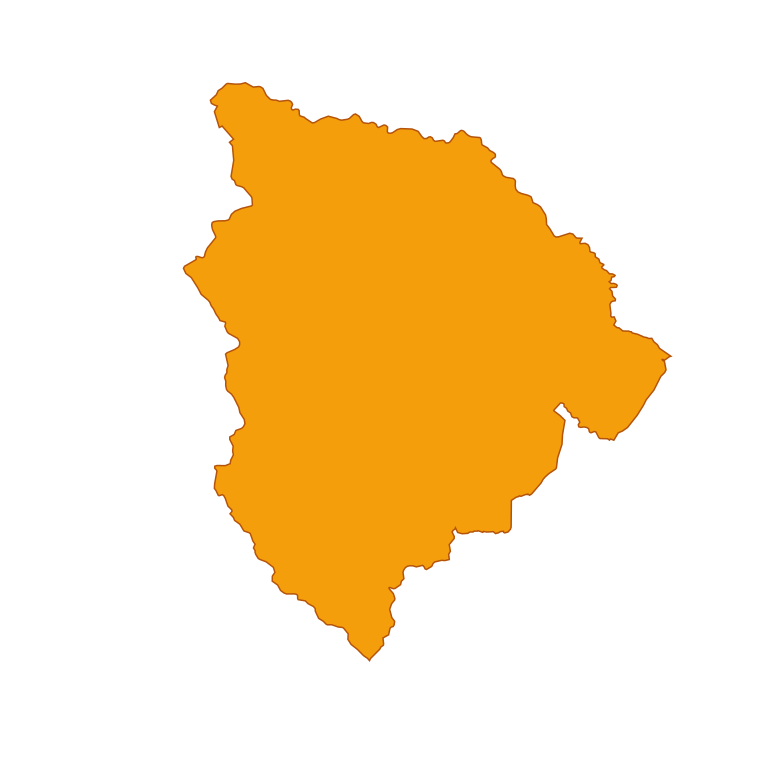 Mueang Lamphun, Lamphun, Thailand (Natural Earth projection), rotated 110°
{"feature_id": "78962969B31473304215935", "entity_name": "Mueang Lamphun", "entity_type": "district", "adm_level": 2, "iso_a3": "THA", "parent_name": "Thailand", "parent_adm1": "Lamphun", "projection": "natural_earth1", "projection_center": [99.055, 18.551], "detail": "fine", "context": "isolated", "style": "filled", "palette": "amber", "viewbox_px": 768, "rotation_deg": 110, "n_neighbors": 0, "source": "geoboundaries", "source_scale": "gbopen_adm2", "svg_char_len": 6171}
<svg xmlns="http://www.w3.org/2000/svg" viewBox="0 0 768 768"><g transform="rotate(110 384 384)"><path d="M359.6,152.9L358.2,152.5L358.2,148.8L349.8,147.2L346.6,143.8L341.6,140.3L326.8,135.4L315.1,132.9L309.1,132.2L297.4,128.3L282.2,126.5L277.3,124.2L274.3,123.8L267.2,128.0L266.5,128.6L266.8,129.4L266.0,131.0L265.6,130.8L265.5,128.4L260.8,125.2L259.8,123.9L256.3,137.3L253.7,140.3L252.0,144.9L249.5,147.9L250.7,151.0L250.5,152.9L251.0,156.1L250.5,162.6L251.1,168.2L250.3,169.5L250.7,170.6L250.6,172.1L252.5,177.8L250.9,182.2L251.3,184.5L249.9,188.3L245.5,187.6L242.2,190.7L243.3,192.7L242.6,194.2L239.8,195.0L232.1,199.0L229.4,198.6L228.0,197.5L226.7,195.2L225.1,195.5L223.0,199.3L218.9,201.5L217.4,204.6L215.9,204.1L213.7,198.8L211.9,198.5L211.0,199.4L210.9,200.4L210.9,202.5L211.9,204.9L210.9,207.4L209.1,206.1L205.7,206.6L204.4,204.4L202.9,204.0L202.4,206.9L203.4,209.8L201.3,213.7L201.3,216.2L200.4,219.0L199.3,219.4L197.3,218.2L196.5,218.4L196.1,222.6L193.2,224.8L192.2,228.9L189.3,230.2L188.9,231.8L189.3,234.7L188.9,235.9L185.5,237.5L183.3,240.1L183.0,243.1L185.0,247.6L184.1,248.4L179.3,247.8L180.8,252.2L180.8,253.8L178.5,257.8L178.8,261.0L185.8,270.0L187.0,272.5L186.7,274.7L181.6,281.0L178.5,285.8L173.2,288.0L169.8,290.1L164.0,297.6L163.0,301.1L162.6,306.0L158.0,309.6L157.7,310.4L157.4,313.3L158.0,320.1L157.7,323.8L155.9,326.8L152.9,328.5L148.4,329.9L147.3,331.0L146.7,332.9L148.0,340.0L147.6,343.1L146.9,344.3L144.1,346.5L142.7,348.4L139.2,358.5L138.5,359.5L137.3,359.9L135.0,358.9L133.1,357.3L132.1,357.1L130.0,358.0L129.0,360.3L128.4,364.6L126.7,367.4L125.8,373.4L125.3,374.1L121.5,376.0L119.9,377.4L119.7,378.5L121.8,386.3L121.8,388.7L121.2,391.3L119.1,395.5L119.1,397.8L119.8,398.8L123.6,400.9L124.6,402.8L128.7,403.2L133.4,404.5L135.0,405.5L136.1,407.4L136.3,408.5L134.9,410.6L134.8,412.0L138.5,418.9L138.0,420.8L136.2,422.8L135.8,424.8L136.5,426.3L138.7,427.9L139.7,430.3L138.6,433.0L134.9,438.4L134.8,444.8L138.3,455.7L140.4,458.6L144.8,461.8L146.1,463.5L146.6,465.2L146.5,466.3L145.7,467.2L141.3,468.5L140.4,470.7L140.6,472.6L144.8,476.8L144.6,478.3L142.6,480.4L141.9,483.3L142.5,485.3L144.5,487.6L145.6,492.7L144.7,494.6L141.0,498.8L140.0,503.1L141.2,504.7L146.2,507.3L147.6,508.7L150.6,514.1L150.9,516.9L150.6,519.0L151.4,527.9L156.6,534.1L162.2,538.8L163.2,540.7L161.4,548.3L160.6,550.3L160.8,554.4L160.0,555.6L156.2,557.2L155.3,558.5L156.0,561.3L157.7,563.2L157.6,564.6L156.1,565.6L152.6,565.5L150.9,567.1L150.2,568.8L150.2,571.1L154.1,578.9L154.1,582.2L155.1,585.5L155.4,588.2L153.1,593.2L147.7,598.8L147.0,601.6L147.2,603.2L149.7,608.4L148.3,617.3L151.2,621.5L153.1,626.3L155.0,633.6L156.0,634.8L161.5,637.4L165.0,640.1L169.6,640.5L176.7,644.2L179.3,642.2L179.9,638.7L179.8,635.6L186.1,636.5L199.3,626.5L197.0,624.3L205.4,609.1L209.7,611.9L212.0,607.9L225.3,601.7L241.3,598.7L243.4,596.8L244.0,594.1L247.3,591.4L247.7,590.0L247.3,585.2L247.6,583.0L253.2,572.9L254.6,571.6L260.8,568.9L261.9,569.3L267.8,578.0L272.6,583.2L276.7,585.4L282.1,585.8L283.2,586.5L285.0,589.2L287.5,595.7L289.6,599.4L291.0,600.6L293.2,600.4L295.3,599.4L297.8,597.7L302.4,593.0L304.0,592.2L316.6,596.5L321.1,596.9L325.6,596.4L326.8,597.0L327.6,598.2L327.8,602.5L328.4,604.0L329.1,604.3L331.0,603.1L331.7,603.4L341.6,611.7L343.9,612.0L347.9,608.0L349.9,601.5L357.2,592.0L362.3,586.4L365.3,578.1L366.6,575.8L369.5,573.2L371.9,569.7L375.6,566.0L378.7,561.6L380.5,559.9L380.1,554.3L381.2,553.6L384.2,553.3L388.6,549.2L389.6,547.4L391.2,537.2L393.7,534.1L396.5,533.1L398.9,533.3L402.7,536.2L408.2,542.1L410.1,543.1L420.0,536.8L424.3,536.6L427.1,535.5L430.0,536.2L432.4,536.0L435.4,533.7L439.6,532.2L443.0,530.1L444.1,528.5L445.7,523.8L447.9,520.6L455.7,512.4L460.2,509.6L465.1,503.2L468.9,501.1L472.2,501.5L474.5,502.7L478.3,507.3L482.6,507.5L486.5,510.8L488.8,510.0L494.0,504.5L498.7,503.3L502.2,501.3L507.9,502.0L511.5,501.3L515.0,505.2L517.7,513.0L519.1,514.9L521.0,514.3L522.3,511.8L523.1,511.2L535.7,509.0L540.1,507.7L541.6,505.4L545.3,501.7L545.4,500.8L543.3,498.1L543.7,496.4L545.7,494.1L552.1,488.9L554.4,483.9L555.8,483.3L558.6,484.3L560.9,479.9L563.3,477.7L565.1,471.4L570.0,465.4L569.9,459.7L570.4,458.4L576.5,453.4L578.6,450.4L582.7,450.6L584.7,448.1L586.1,447.7L587.9,446.3L590.9,442.6L591.3,441.0L591.4,433.9L594.1,425.3L598.3,422.1L602.8,423.2L607.5,421.6L609.3,415.1L613.4,410.6L614.6,406.4L614.6,403.7L611.8,396.2L611.6,394.1L612.2,392.9L615.3,391.7L616.0,390.8L614.7,383.8L616.4,380.2L617.2,374.3L618.5,371.9L621.0,370.8L626.6,365.2L627.7,360.0L629.6,356.0L629.6,354.8L628.1,350.8L628.0,343.9L627.0,339.9L627.2,338.5L631.0,332.2L636.3,330.6L640.0,325.8L642.4,318.4L646.3,310.2L647.4,305.7L648.9,303.0L646.6,302.8L634.7,297.3L632.3,297.0L629.8,295.3L628.5,295.4L623.0,298.1L618.1,293.9L611.4,294.8L610.0,294.1L608.8,292.5L606.9,292.1L603.4,292.8L600.8,296.8L593.8,301.6L587.9,301.7L583.2,300.1L581.7,300.5L577.7,303.6L574.7,309.0L573.8,309.6L573.2,309.0L573.2,305.4L572.5,303.8L566.9,299.8L563.4,300.2L560.2,298.7L554.3,301.8L551.8,301.8L549.2,301.1L547.3,299.7L546.1,297.8L545.0,294.8L544.8,291.1L541.2,285.6L542.3,283.5L543.7,282.2L543.8,280.7L539.1,276.8L535.9,276.5L533.9,275.5L530.0,269.6L529.1,266.4L526.6,262.6L521.9,265.0L518.5,264.4L512.6,267.8L505.2,265.2L503.2,265.9L499.8,269.4L497.6,268.9L496.1,267.7L494.7,267.7L498.3,264.0L498.0,259.4L495.7,254.2L493.7,252.7L492.6,249.7L491.5,249.1L490.3,245.9L489.7,245.5L489.6,240.4L488.5,240.1L488.0,236.9L485.4,230.8L486.4,228.0L484.8,225.7L482.9,224.1L481.8,222.0L481.6,221.3L482.5,220.8L482.6,219.6L480.7,216.9L477.3,215.5L475.0,215.6L449.8,224.5L445.1,221.0L443.6,218.8L442.8,218.7L442.7,216.9L439.3,213.0L438.8,211.4L438.2,211.2L438.8,209.2L436.7,207.6L423.1,202.5L419.2,201.9L416.3,200.8L411.9,198.5L405.0,193.5L403.5,193.4L393.9,195.6L379.8,196.1L370.6,198.9L356.3,201.5L353.4,207.9L351.2,215.0L350.7,215.5L341.4,211.7L340.9,209.4L341.3,208.0L343.6,207.0L344.4,204.1L346.5,202.2L347.4,198.8L350.4,196.3L350.8,194.1L349.8,191.1L350.0,190.2L352.8,187.0L355.9,187.5L357.6,186.3L357.5,184.4L355.9,181.3L355.5,178.2L356.1,176.3L358.6,174.7L359.1,173.6L358.9,172.6L356.7,170.1L356.6,168.5L360.9,163.8L361.4,162.4L359.0,155.2L359.6,152.9Z" fill="#f59e0b" stroke="#b45309" stroke-width="1.5"/></g></svg>